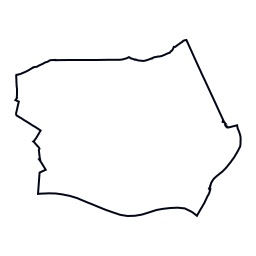 Barendrecht, Zuid-Holland, Netherlands
{"feature_id": "6326949B83173005742078", "entity_name": "Barendrecht", "entity_type": "district", "adm_level": 2, "iso_a3": "NLD", "parent_name": "Netherlands", "parent_adm1": "Zuid-Holland", "projection": "albers", "projection_center": [4.521, 51.852], "detail": "fine", "context": "isolated", "style": "outline", "palette": "ink", "viewbox_px": 256, "rotation_deg": 0, "n_neighbors": 0, "source": "geoboundaries", "source_scale": "gbopen_adm2", "svg_char_len": 5114}
<svg xmlns="http://www.w3.org/2000/svg" viewBox="0 0 256 256"><path d="M38.0,193.9L41.6,193.6L45.3,193.5L48.7,193.3L55.9,193.5L60.1,194.1L63.0,194.5L65.7,195.1L69.4,195.8L70.2,196.0L77.4,198.2L81.3,199.9L84.5,201.2L87.3,202.4L91.7,204.1L97.2,206.4L98.9,207.1L106.1,210.0L113.3,212.5L118.4,214.2L119.4,214.6L120.4,214.8L120.6,214.9L127.6,216.0L134.7,215.8L141.9,214.6L149.0,212.4L156.1,210.1L156.5,210.0L160.8,209.2L163.2,208.8L170.3,208.0L177.5,207.7L177.8,207.7L184.7,208.4L185.2,208.6L188.0,210.0L190.9,211.4L191.8,211.9L192.2,212.1L192.4,212.3L194.3,213.7L195.1,214.3L196.9,215.8L200.3,209.8L202.1,206.8L203.3,204.7L204.4,202.9L205.2,201.1L205.8,199.9L206.3,198.8L206.8,197.7L207.8,195.6L208.2,195.3L208.4,194.8L208.5,194.5L208.7,194.0L209.1,193.3L209.2,193.0L209.3,192.7L209.5,192.3L209.6,192.0L209.7,191.5L209.9,190.7L210.0,190.4L210.1,190.0L210.3,189.1L210.2,189.1L210.3,189.0L210.3,188.9L209.7,188.7L209.8,188.2L209.5,188.1L209.4,188.3L209.2,188.2L209.6,187.7L209.8,187.5L209.9,187.2L210.2,186.7L210.1,186.4L210.4,185.8L210.2,185.6L210.7,184.6L210.9,183.9L211.1,183.1L212.3,181.0L212.6,180.4L213.3,179.6L213.3,179.4L214.7,177.9L215.3,177.4L216.7,176.1L217.1,175.8L222.7,171.3L223.3,170.6L225.0,169.0L226.4,167.4L227.8,165.7L229.4,163.7L230.7,162.1L231.8,160.5L232.8,159.2L234.1,157.4L234.7,156.4L236.0,154.2L237.2,152.2L238.6,149.5L239.6,147.6L239.8,147.2L240.2,146.4L240.5,143.7L240.5,142.1L240.6,139.1L240.6,138.0L240.4,136.3L240.1,134.9L240.0,134.6L239.5,133.0L239.1,131.7L237.6,128.2L237.5,127.7L237.1,125.3L228.4,127.5L228.2,127.3L227.9,127.1L227.2,127.4L226.6,126.2L226.1,126.5L225.5,125.7L225.1,124.9L225.2,124.7L225.2,124.4L225.3,123.9L225.3,123.7L225.2,123.5L225.3,123.5L225.2,123.4L225.0,123.0L224.8,122.6L224.7,122.5L222.6,121.9L223.0,120.5L223.5,120.7L220.1,113.4L218.4,109.7L215.4,103.1L213.7,99.4L210.1,91.7L205.9,82.6L204.0,78.5L203.0,76.5L201.2,72.6L201.1,72.4L200.3,70.5L199.0,67.8L192.7,53.9L191.2,50.5L190.6,49.3L188.5,44.6L186.4,40.0L185.0,40.2L184.7,40.3L183.9,40.6L183.5,40.7L183.3,40.8L183.1,41.0L182.9,41.1L182.6,41.5L182.4,41.8L182.2,41.9L181.7,42.2L181.5,42.4L181.0,42.6L179.8,43.5L179.4,43.8L178.7,44.3L177.5,45.1L177.0,45.5L176.8,45.6L175.8,46.4L175.5,46.8L175.1,46.9L173.8,46.9L173.7,47.2L173.5,47.6L173.4,48.0L173.2,48.4L173.1,48.7L173.0,48.9L172.8,49.3L172.6,49.6L172.4,49.8L172.1,50.3L171.7,50.8L170.6,51.5L169.6,52.9L169.1,52.9L168.6,53.0L167.7,53.4L167.0,53.7L165.4,54.4L164.5,54.9L164.1,55.0L163.3,55.3L162.7,55.6L161.9,55.9L161.2,56.1L159.4,56.5L159.2,56.5L158.9,56.5L158.4,56.5L157.6,56.6L157.3,56.6L156.5,56.9L156.0,57.0L155.5,57.1L154.9,57.1L154.5,57.2L154.0,57.4L153.7,57.5L153.4,57.6L153.1,57.7L151.9,58.4L151.8,58.7L151.6,58.7L151.3,58.5L149.5,59.2L149.1,59.4L147.6,59.9L146.0,60.4L145.3,60.6L143.7,60.9L142.5,60.9L142.4,60.9L140.9,60.7L140.7,60.7L140.2,60.6L139.7,60.6L138.7,60.5L137.5,60.2L137.3,60.2L136.5,59.8L135.7,59.5L135.1,59.5L134.9,59.5L134.4,59.4L134.4,59.5L134.2,59.4L131.8,58.6L131.5,58.5L131.3,58.5L131.2,58.5L130.6,58.2L129.8,57.7L129.5,57.4L129.3,57.3L129.1,57.1L128.9,57.1L128.7,57.3L128.3,57.5L126.3,58.4L124.5,58.9L122.6,59.4L122.1,59.5L120.6,59.7L118.6,59.8L117.0,59.8L108.1,59.8L96.2,60.0L69.1,60.0L60.7,60.1L55.4,60.2L55.4,59.9L53.8,60.0L50.2,60.2L49.8,60.4L49.4,60.6L48.0,61.5L47.6,61.7L46.8,62.0L46.0,62.2L45.6,62.3L45.3,62.4L45.2,62.5L44.9,62.6L44.4,62.9L43.6,63.3L43.2,63.6L42.2,64.1L41.7,64.3L40.8,64.7L39.9,65.1L40.0,65.1L39.8,65.2L39.2,65.4L38.4,65.8L38.2,66.0L37.7,66.3L37.2,66.6L36.8,66.7L36.6,66.8L35.8,66.9L35.5,66.9L34.9,67.0L34.3,67.2L33.7,67.2L33.3,67.3L32.8,67.6L32.6,67.7L32.6,67.8L32.4,67.8L32.1,68.1L31.7,68.4L30.6,69.0L29.9,69.4L29.7,69.6L29.2,69.9L28.8,70.1L27.5,70.8L27.4,70.9L26.8,71.2L26.1,71.5L25.7,71.7L25.5,71.8L25.1,72.0L24.7,72.2L24.4,72.3L23.2,72.8L22.8,73.0L22.3,73.1L21.3,73.6L21.0,73.8L20.0,74.2L19.9,74.2L19.2,74.2L18.8,74.3L18.6,74.4L18.4,74.5L18.0,74.7L17.7,74.7L17.5,74.8L17.1,74.8L16.6,74.8L15.5,74.9L15.8,74.9L16.0,75.2L16.2,75.5L16.2,75.9L16.2,76.8L16.3,78.2L16.4,79.8L16.4,81.6L16.5,82.7L16.5,83.3L16.7,86.6L16.9,87.7L17.0,88.8L17.0,89.6L17.0,90.4L17.0,91.3L17.0,92.2L17.0,93.0L17.0,94.2L17.0,94.6L16.8,96.6L16.8,96.8L16.9,97.2L17.0,97.6L17.1,97.8L16.3,98.8L15.9,99.5L15.4,100.1L18.8,101.6L18.6,102.5L17.3,108.0L17.1,109.0L16.4,112.0L16.1,113.1L16.1,113.4L16.1,113.9L16.1,114.1L16.2,114.5L16.4,115.2L16.5,115.4L18.8,116.8L19.9,117.5L20.9,118.0L22.0,118.7L22.9,119.3L23.9,120.0L24.6,120.4L25.4,120.9L26.9,121.8L27.6,122.2L29.3,123.3L29.8,123.6L32.2,125.2L32.9,125.6L33.1,125.8L33.5,126.0L34.8,126.7L35.9,127.4L36.7,127.9L37.0,128.1L37.5,128.5L37.8,128.6L38.8,129.3L40.6,130.5L37.8,135.3L36.5,137.5L36.0,138.2L35.1,139.5L34.8,139.9L33.9,141.1L33.3,141.5L34.3,142.2L34.9,143.1L37.2,145.7L38.6,147.2L39.1,147.9L39.4,148.4L39.5,148.6L39.5,148.8L39.4,149.0L39.0,149.6L38.9,149.8L38.8,150.0L39.0,151.6L39.8,158.4L40.0,158.8L39.2,159.3L39.3,159.4L39.2,159.4L39.3,159.6L39.6,160.1L40.4,161.2L40.8,161.8L41.4,162.8L41.6,163.1L41.9,163.6L42.2,164.0L44.9,168.4L45.7,169.8L44.3,170.4L42.8,171.1L40.6,172.1L39.6,172.6L39.1,178.9L39.1,179.2L38.6,186.0L38.0,193.9Z" fill="none" stroke="#020617" stroke-width="2"/></svg>